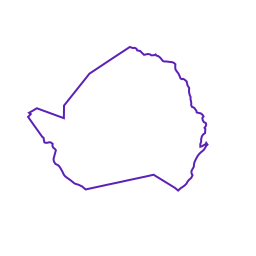 Ceará-Mirim, Rio Grande do Norte, Brazil, rotated 45°
{"feature_id": "56859067B87292003692052", "entity_name": "Ceará-Mirim", "entity_type": "district", "adm_level": 2, "iso_a3": "BRA", "parent_name": "Brazil", "parent_adm1": "Rio Grande do Norte", "projection": "robinson", "projection_center": [-35.367, -5.598], "detail": "fine", "context": "isolated", "style": "outline", "palette": "violet", "viewbox_px": 256, "rotation_deg": 45, "n_neighbors": 0, "source": "geoboundaries", "source_scale": "gbopen_adm2", "svg_char_len": 1861}
<svg xmlns="http://www.w3.org/2000/svg" viewBox="0 0 256 256"><g transform="rotate(45 128 128)"><path d="M193.8,83.2L194.3,84.9L193.7,86.5L193.2,88.6L192.4,90.1L190.6,88.4L189.4,86.0L187.5,84.0L186.1,81.6L185.7,79.3L186.1,77.2L184.9,75.7L183.5,74.1L182.0,73.8L181.7,71.9L180.9,70.3L179.3,69.5L177.5,70.2L175.3,69.6L173.5,68.4L173.2,66.4L171.4,66.0L169.1,66.2L167.2,67.5L165.5,68.4L164.2,67.5L160.5,66.9L158.3,67.8L156.4,67.1L155.1,65.6L151.6,63.2L150.3,61.8L148.4,61.1L146.1,59.7L144.2,57.9L143.1,56.5L140.0,55.8L136.5,53.6L133.8,53.8L132.2,54.3L131.3,55.6L129.8,55.7L127.3,54.6L125.1,53.8L122.5,53.5L119.9,52.9L118.1,51.3L116.4,49.4L114.6,49.5L113.0,50.0L111.6,51.1L110.2,52.2L108.1,53.8L106.6,55.3L105.2,56.0L103.3,55.7L100.6,55.5L98.5,55.8L97.0,56.7L95.5,56.5L94.9,58.2L93.1,60.1L91.5,60.4L89.7,61.6L88.8,63.1L87.6,64.9L84.9,65.0L82.3,64.9L79.6,66.6L78.0,66.0L76.2,66.5L74.6,68.2L72.0,69.4L67.5,91.1L62.3,116.9L62.9,121.8L66.9,157.4L75.7,166.4L49.6,178.5L48.0,184.7L47.3,187.2L49.4,186.9L49.5,190.8L58.7,192.4L63.5,193.2L73.6,194.9L75.2,194.6L77.0,196.0L79.1,197.3L80.5,196.5L81.6,195.2L82.4,193.7L83.9,192.7L86.0,192.5L87.2,194.1L89.1,194.8L90.9,194.5L92.7,194.7L94.6,198.0L97.2,202.5L99.3,204.1L102.1,204.7L104.7,203.8L106.4,203.7L108.8,204.2L112.4,205.2L115.7,206.4L117.4,206.6L119.5,206.4L124.1,205.6L129.5,205.0L131.1,204.2L133.2,203.1L136.8,201.8L141.5,201.4L146.2,194.1L153.9,182.1L159.0,174.3L165.6,164.0L175.2,149.2L179.2,142.9L181.6,142.4L186.9,141.1L203.7,137.1L207.7,136.8L207.7,134.8L207.9,132.8L208.4,130.6L208.7,128.4L208.7,126.2L208.0,123.7L207.8,121.3L208.0,118.6L207.0,115.7L205.6,115.4L204.3,114.6L203.2,113.3L202.6,111.2L201.9,108.8L200.3,107.0L199.3,105.4L198.2,102.5L197.3,99.6L196.9,97.8L196.7,95.9L196.7,93.5L197.0,91.2L197.0,89.3L196.4,87.0L195.9,85.2L196.0,83.6L193.8,83.2Z" fill="none" stroke="#5b21b6" stroke-width="2"/></g></svg>